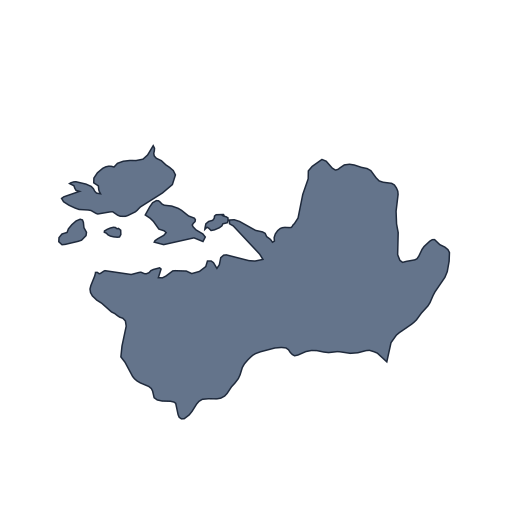 Kumamoto, Equal Earth projection, rotated 59°
{"feature_id": "JPN-1830", "entity_name": "Kumamoto", "entity_type": "Prefecture", "adm_level": 1, "iso_a3": "JPN", "parent_name": "Japan", "parent_adm1": "", "projection": "equal_earth", "projection_center": [130.522, 32.636], "detail": "fine", "context": "isolated", "style": "filled", "palette": "slate", "viewbox_px": 512, "rotation_deg": 59, "n_neighbors": 0, "source": "natural_earth", "source_scale": "10m", "svg_char_len": 4519}
<svg xmlns="http://www.w3.org/2000/svg" viewBox="0 0 512 512"><g transform="rotate(59 256 256)"><path d="M187.5,401.9L187.6,401.6L188.4,400.4L190.4,399.6L190.8,398.5L190.6,394.0L190.8,393.0L207.6,372.5L209.9,364.6L210.6,363.0L213.6,360.8L214.7,359.3L215.2,356.3L214.4,353.6L214.7,350.9L216.5,344.7L218.3,344.1L224.3,350.9L226.5,347.5L226.8,343.7L225.9,335.0L227.0,332.8L233.0,323.5L238.0,320.1L240.1,312.4L239.2,304.5L235.3,300.2L237.2,297.0L239.8,295.9L246.5,295.9L244.6,291.9L239.3,287.1L238.6,283.3L239.8,280.8L256.3,264.5L259.8,259.5L262.5,251.8L256.3,251.9L218.5,260.0L214.7,262.1L211.5,260.2L213.7,256.0L217.9,252.3L233.8,243.2L238.7,238.0L241.3,236.5L244.9,236.9L248.6,235.3L250.5,234.9L252.7,234.8L252.7,232.5L249.6,231.0L247.0,228.0L245.4,224.3L244.9,221.0L245.3,218.9L246.3,216.6L248.9,212.7L249.7,211.0L249.3,209.7L248.5,208.4L248.0,206.3L245.1,200.4L227.3,184.2L216.7,171.5L210.0,167.3L208.1,161.7L207.2,149.8L207.3,149.7L210.9,147.0L219.9,145.4L223.2,143.7L223.5,143.0L224.0,140.8L223.7,138.8L223.4,133.4L225.5,128.6L228.6,124.9L234.3,120.0L238.3,115.7L242.0,113.6L250.8,112.8L255.0,111.8L258.2,109.1L263.6,102.3L266.4,100.8L270.0,100.6L273.5,101.1L276.4,102.5L289.8,112.9L300.9,119.0L309.2,122.1L327.8,133.9L333.8,134.9L337.0,133.6L338.0,130.0L341.1,121.9L341.3,119.4L339.9,116.4L335.8,110.2L334.4,107.0L332.8,99.4L332.8,96.5L333.9,94.5L340.9,92.6L345.7,89.5L349.4,88.2L352.7,88.4L360.0,93.2L367.9,100.1L371.6,105.1L378.9,121.0L381.0,124.5L385.6,130.9L387.4,134.5L390.1,143.6L393.4,151.4L394.2,154.9L394.6,157.8L395.5,172.5L396.1,176.4L399.8,184.9L414.1,198.4L401.8,202.0L398.9,204.1L395.3,207.3L393.8,210.3L391.4,218.5L388.0,225.3L381.3,233.4L379.8,235.6L376.2,243.5L373.2,247.4L368.4,252.6L365.5,257.2L363.6,262.5L362.5,271.0L361.4,274.3L359.2,275.6L356.3,276.3L353.1,276.4L350.2,277.7L347.5,281.3L344.6,287.1L340.4,301.5L339.4,306.7L339.4,309.9L339.9,312.7L340.8,316.4L342.5,321.5L344.5,325.1L349.6,330.8L352.0,334.3L354.1,339.6L355.5,344.4L358.9,351.5L359.9,355.0L359.7,359.4L358.3,363.1L353.9,370.2L351.2,375.8L351.2,379.7L352.3,383.1L356.2,390.8L357.8,395.1L358.5,401.3L357.2,403.8L354.7,404.9L351.9,404.5L340.9,400.7L338.9,401.6L336.4,404.2L332.0,411.1L328.5,414.8L325.0,416.3L318.5,414.2L315.7,414.0L312.6,415.1L305.2,420.5L301.9,422.3L298.6,423.4L295.7,423.8L279.7,423.0L272.9,423.8L264.1,417.2L249.3,403.4L244.4,401.4L240.8,402.2L238.3,404.3L235.8,405.5L232.6,406.7L229.5,408.7L217.0,412.6L211.9,415.2L206.0,416.8L202.2,416.7L198.8,415.3L196.3,412.8L190.1,404.6L187.7,402.1L187.6,401.9L187.5,401.9ZM145.0,283.3L151.7,290.9L153.8,303.7L154.4,329.8L155.0,332.2L155.6,334.2L156.0,336.6L155.3,344.9L154.8,347.3L153.8,349.1L151.9,352.0L149.7,353.6L144.2,356.1L143.1,358.2L138.5,370.0L137.2,371.1L132.0,374.0L130.1,376.2L125.0,383.7L121.7,386.4L116.1,390.2L110.4,393.0L106.5,393.0L106.3,390.1L109.7,374.0L107.0,376.5L104.4,376.4L102.0,375.9L97.9,378.5L97.9,377.0L98.6,374.0L99.6,372.1L106.8,364.7L111.5,361.4L114.6,360.7L117.4,360.9L120.0,360.3L122.6,357.2L120.2,357.1L118.3,356.7L114.7,355.0L109.7,357.4L105.7,354.8L103.0,349.1L101.9,342.2L102.2,338.8L103.2,335.9L104.7,333.7L106.6,331.9L105.2,327.0L106.4,321.0L109.2,314.8L112.4,309.7L114.8,303.0L113.6,296.9L108.5,287.3L111.4,287.5L113.5,289.0L115.4,290.8L117.8,291.7L120.9,291.1L125.6,288.0L131.6,286.3L135.6,284.4L140.2,282.9L145.0,283.3ZM202.7,294.0L209.7,290.2L213.6,289.7L216.3,294.0L208.5,299.8L198.7,329.3L191.7,336.1L190.8,334.6L190.6,331.1L190.8,324.4L189.7,321.0L187.2,321.7L182.9,325.4L173.6,326.1L169.1,327.3L163.8,329.8L159.1,321.7L157.1,317.2L157.2,312.9L158.4,311.2L159.9,310.5L163.1,309.8L165.2,308.5L169.8,302.5L175.0,298.2L178.5,296.3L186.9,293.2L191.9,289.3L193.7,289.3L195.1,290.5L195.7,292.9L196.6,294.7L198.5,294.9L202.7,294.0ZM143.1,388.9L148.4,389.1L151.0,391.2L152.6,397.4L151.8,401.0L147.8,413.5L146.4,416.5L142.2,417.7L138.8,415.4L137.2,411.0L138.5,405.8L136.1,402.8L134.3,397.7L133.3,392.2L133.9,387.8L135.7,386.2L138.2,386.6L143.1,388.9ZM211.3,267.8L212.6,269.7L212.9,272.9L212.2,278.1L211.0,281.4L207.8,282.2L206.1,283.2L206.8,286.1L205.4,285.0L202.6,282.4L202.0,278.8L203.1,274.8L202.2,272.4L200.4,271.0L200.1,268.9L203.6,262.6L204.3,262.5L204.3,263.7L205.1,263.2L207.0,261.4L208.9,260.4L211.2,261.7L212.7,263.4L212.0,265.8L211.3,267.8ZM164.2,358.7L168.0,360.8L169.4,363.2L168.6,365.0L166.4,368.0L163.9,370.6L161.6,372.0L159.4,372.5L157.5,373.8L156.5,373.0L156.5,369.8L157.0,366.4L158.0,363.3L159.3,361.7L160.6,361.4L161.2,360.8L161.5,359.7L164.2,358.7Z" fill="#64748b" stroke="#1e293b" stroke-width="1.5"/></g></svg>